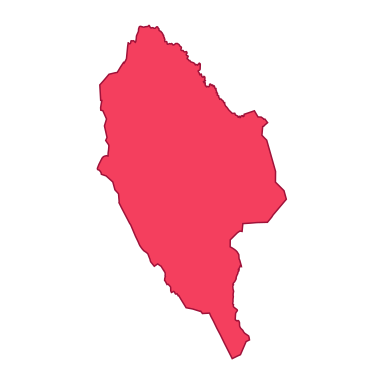 the district of Kalncempju pag., Aluksne, Latvia, rotated 269°
{"feature_id": "27541924B44633250029767", "entity_name": "Kalncempju pag.", "entity_type": "district", "adm_level": 2, "iso_a3": "LVA", "parent_name": "Latvia", "parent_adm1": "Aluksne", "projection": "robinson", "projection_center": [26.892, 57.332], "detail": "fine", "context": "isolated", "style": "filled", "palette": "rose", "viewbox_px": 384, "rotation_deg": 269, "n_neighbors": 0, "source": "geoboundaries", "source_scale": "gbopen_adm2", "svg_char_len": 6014}
<svg xmlns="http://www.w3.org/2000/svg" viewBox="0 0 384 384"><g transform="rotate(269 192 192)"><path d="M183.1,286.2L191.7,284.0L200.4,275.6L211.1,275.9L242.5,267.6L245.2,265.0L247.5,262.9L256.2,263.8L256.4,264.7L257.7,266.0L260.0,268.8L263.6,266.2L263.5,265.0L263.9,264.9L265.7,262.5L265.9,259.3L272.1,255.8L268.8,245.5L267.0,245.3L266.5,244.6L266.7,244.1L267.4,243.9L267.5,243.3L267.2,242.9L267.1,242.5L266.6,242.0L265.7,241.8L265.6,241.5L266.7,241.3L266.9,240.5L266.1,240.1L265.9,239.8L266.0,239.4L266.7,239.1L267.3,238.7L267.9,237.6L268.1,237.1L268.1,236.9L268.9,236.5L269.5,236.4L270.0,236.1L269.9,234.9L269.9,233.6L273.5,230.1L275.2,229.0L276.6,227.9L276.8,227.5L277.2,227.2L279.0,226.3L280.8,226.2L280.8,225.7L280.8,225.3L281.3,225.1L282.1,224.9L282.4,224.6L282.8,224.4L283.0,223.7L283.7,223.4L284.4,222.7L284.5,222.2L284.3,221.3L285.4,221.1L285.7,220.6L286.1,220.3L287.1,220.4L287.6,220.4L288.3,219.5L288.4,219.0L288.5,218.9L289.5,219.2L290.2,219.2L291.0,218.6L291.0,218.1L291.6,218.3L292.3,218.3L293.5,217.7L293.8,217.8L295.0,217.8L295.1,217.7L294.9,217.1L295.1,216.9L295.6,216.6L296.6,216.5L297.7,216.0L297.6,215.7L297.2,215.1L297.5,215.0L298.1,215.0L298.5,214.6L298.7,214.1L298.4,213.7L298.3,213.3L298.8,213.1L299.3,212.7L299.6,212.3L299.5,211.7L299.0,211.4L297.6,211.3L297.0,210.8L296.9,210.3L297.3,209.5L297.2,209.2L296.9,208.6L296.9,208.3L298.1,207.6L298.1,207.3L299.3,207.0L300.1,207.1L300.7,207.1L301.0,207.0L301.2,206.9L300.9,206.6L301.1,205.9L301.7,205.7L301.9,205.5L302.0,205.4L302.3,205.7L302.5,206.2L302.9,206.5L303.0,207.2L303.1,207.3L304.2,206.6L304.6,206.7L305.0,206.9L305.6,206.8L306.2,206.9L306.7,206.8L307.2,206.3L307.3,206.1L306.9,206.0L306.8,205.8L306.9,205.5L306.6,205.2L306.6,204.9L307.3,203.8L309.3,203.5L309.8,203.2L309.6,202.6L309.0,202.2L309.0,201.9L309.6,201.6L310.6,201.4L312.5,200.3L313.0,200.3L313.4,200.7L313.5,201.2L313.8,201.8L314.4,202.2L315.2,202.3L318.9,202.5L319.5,202.5L320.2,202.3L320.7,201.5L320.4,201.2L319.7,201.1L319.7,200.5L318.7,199.8L318.8,199.5L319.2,199.0L319.3,198.5L319.0,197.7L319.2,197.4L320.3,197.0L321.2,195.7L322.2,193.0L323.5,192.1L323.4,191.4L324.6,190.5L325.2,189.9L325.2,189.6L325.3,189.5L325.7,189.5L326.5,189.8L327.3,190.5L328.0,190.4L328.4,189.9L328.5,189.3L328.6,189.0L329.0,188.8L329.5,188.6L330.0,188.7L330.8,189.4L331.4,189.4L332.2,189.1L332.5,188.7L332.3,188.0L332.2,186.7L333.0,185.9L333.6,185.6L333.7,185.0L333.6,184.4L333.7,184.0L334.3,183.4L334.7,183.4L336.2,183.9L336.8,183.9L337.2,183.7L338.2,182.4L339.5,181.7L340.4,180.5L340.8,179.8L340.7,178.1L339.7,177.0L339.3,175.8L339.6,175.3L340.6,174.6L340.8,174.0L340.5,173.6L340.5,172.9L340.8,172.2L340.2,170.7L340.2,170.0L340.5,169.8L342.5,169.5L342.9,169.0L342.8,167.5L343.0,167.4L344.4,167.3L345.0,167.5L345.7,167.3L346.2,166.9L346.7,167.0L347.2,166.8L347.7,166.4L349.1,166.3L349.3,165.9L349.9,165.8L351.9,164.7L352.2,164.2L353.0,163.8L353.2,163.1L353.5,162.9L353.8,162.6L354.0,162.0L354.2,161.9L354.7,161.8L355.5,161.9L356.1,161.3L357.6,160.5L357.8,160.1L357.7,159.4L356.5,158.2L356.3,157.8L356.4,156.8L357.0,155.8L357.0,155.0L356.8,154.3L356.8,153.8L357.0,153.4L357.9,152.8L359.2,152.2L359.3,151.9L358.7,151.3L358.3,150.6L358.1,149.1L358.1,148.4L357.8,147.3L357.6,146.8L357.7,146.1L358.0,145.4L358.1,144.8L358.5,143.8L358.5,143.3L358.4,142.7L358.2,142.3L356.8,141.7L355.9,141.4L354.0,141.3L353.2,141.1L349.3,139.3L348.3,139.1L345.9,138.9L343.4,138.4L342.8,138.1L342.6,137.9L343.1,137.4L344.1,136.5L344.3,136.0L344.1,134.8L344.3,133.9L344.0,133.6L342.3,133.3L341.9,133.1L341.4,132.7L341.3,131.9L341.5,131.6L342.3,131.0L342.3,130.8L338.7,130.2L326.4,128.8L324.2,127.7L322.1,126.3L322.7,125.8L318.2,122.7L312.9,119.4L312.4,116.5L311.2,111.1L304.7,105.4L300.7,101.7L285.2,102.3L285.1,103.4L277.9,102.1L275.4,102.2L274.8,104.3L266.5,107.8L259.6,105.6L248.0,108.0L245.0,106.6L240.6,109.5L239.5,109.7L235.6,109.3L232.4,108.8L229.5,108.7L229.5,108.4L229.8,107.2L229.4,105.3L228.8,103.9L228.0,103.3L227.4,102.6L227.0,102.4L226.7,102.4L226.2,102.0L221.2,99.4L217.3,97.8L216.1,98.0L215.5,99.5L214.2,100.7L213.0,101.4L211.3,101.7L209.6,106.4L203.4,113.0L195.5,115.0L191.5,118.5L183.7,119.0L182.6,118.8L177.6,121.2L161.6,129.2L160.3,130.1L148.8,134.7L143.4,137.2L140.2,138.5L138.7,139.3L136.1,141.1L134.2,142.7L132.2,145.5L130.9,146.8L125.2,148.9L124.0,149.1L122.9,149.5L118.4,153.0L120.7,156.4L118.6,159.3L118.5,159.7L114.1,162.3L114.1,162.5L113.1,162.9L112.0,163.6L111.7,163.7L109.6,163.8L108.6,163.6L108.0,163.9L107.8,163.7L106.6,163.5L106.4,163.3L105.7,163.2L104.6,163.1L103.9,163.1L103.5,163.6L102.2,164.3L99.9,165.4L100.2,166.4L100.1,166.6L97.9,168.6L97.4,168.9L96.6,169.0L93.6,169.0L92.1,169.6L91.9,169.7L92.9,172.0L92.1,172.9L90.7,173.4L90.2,174.1L90.6,175.2L88.5,176.4L88.7,176.9L88.4,177.1L85.2,178.9L76.4,184.1L75.6,187.9L75.0,190.7L72.4,198.5L72.6,198.7L70.3,200.3L70.6,207.4L67.4,208.7L62.7,211.1L55.3,214.5L48.6,217.9L40.2,221.8L24.7,229.3L27.3,234.8L28.5,237.6L41.5,243.5L43.1,246.9L45.8,246.5L47.1,246.1L49.9,242.2L51.3,241.1L52.2,240.7L53.0,240.2L54.9,238.3L56.9,237.3L58.4,237.2L60.6,237.2L61.2,237.0L62.3,236.5L62.5,236.3L62.7,235.9L62.7,235.6L62.3,234.9L62.3,234.7L62.8,234.2L63.1,233.4L63.5,233.1L63.8,233.0L69.3,233.4L70.5,233.7L72.5,235.2L72.8,235.3L73.5,235.1L75.8,232.2L76.3,231.7L76.8,231.4L77.4,231.3L78.8,231.5L79.3,230.8L79.6,230.7L80.2,230.8L81.7,231.1L84.0,231.1L86.7,231.5L88.1,231.3L89.7,231.4L92.0,231.9L94.3,231.3L96.0,231.2L96.6,231.1L98.1,231.4L98.3,231.8L98.5,231.9L99.1,231.3L99.8,231.6L100.6,232.1L101.6,233.1L103.5,234.2L104.5,234.7L105.1,234.5L107.4,235.2L109.7,236.4L110.7,236.4L112.2,237.4L113.6,237.8L113.8,237.7L113.6,237.0L113.8,237.0L114.2,237.2L115.1,238.0L116.0,238.3L116.1,238.6L117.7,239.1L117.6,239.4L116.9,240.1L117.0,240.1L118.8,239.6L123.1,238.5L124.3,237.9L128.5,237.7L129.1,237.4L131.6,235.9L132.9,234.6L133.8,233.5L135.3,231.3L136.5,229.2L143.5,229.4L150.5,236.7L152.1,239.2L151.7,241.4L159.5,242.3L159.9,250.2L160.3,256.4L160.4,266.9L165.3,271.1L167.7,272.7L183.1,286.2Z" fill="#f43f5e" stroke="#9f1239" stroke-width="1.5"/></g></svg>